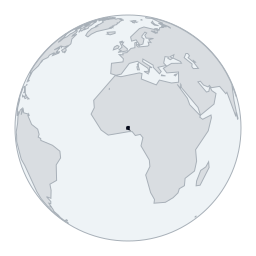 Collines on an orthographic globe
{"feature_id": "BEN-2171", "entity_name": "Collines", "entity_type": "Department", "adm_level": 1, "iso_a3": "BEN", "parent_name": "Benin", "parent_adm1": "", "projection": "orthographic", "projection_center": [2.189, 8.101], "detail": "fine", "context": "on_globe", "style": "filled", "palette": "ink", "viewbox_px": 256, "rotation_deg": 0, "n_neighbors": 0, "source": "natural_earth", "source_scale": "10m", "svg_char_len": 8392}
<svg xmlns="http://www.w3.org/2000/svg" viewBox="0 0 256 256"><circle cx="128" cy="128" r="113" fill="#eef3f6" stroke="#a8b0b8"/><path d="M88.6,22.5L89.6,22.1L86.4,23.4L87.5,23.2L85.0,24.2L88.0,23.2L90.1,22.3L92.1,21.7L92.9,21.6L89.9,22.7L89.0,23.0L88.6,23.3L86.7,24.0L88.1,23.6L84.3,25.2L89.3,23.5L87.3,24.8L84.5,26.0L83.2,25.9L73.6,29.7L70.3,31.5L67.0,33.7L63.9,37.4L61.0,39.6L58.1,42.4L60.4,41.0L63.5,38.3L67.1,36.7L70.4,33.9L72.4,33.0L76.4,30.5L77.4,30.9L76.2,32.8L72.9,35.1L72.3,36.1L76.8,34.2L71.9,39.0L70.9,43.7L69.5,45.1L64.3,47.0L60.9,46.0L54.2,49.8L60.2,47.6L56.5,51.8L56.5,52.8L57.7,52.8L59.7,51.4L58.8,53.1L52.5,55.6L53.3,54.1L55.3,53.2L53.7,52.9L49.4,55.2L47.9,57.5L43.1,59.7L41.9,61.5L40.2,63.2L42.4,60.0L38.4,65.9L32.5,71.4L26.9,82.4L30.6,73.3L30.9,71.9L30.7,71.5L29.7,73.3L30.3,71.9L34.9,64.5L40.1,57.6L45.8,51.0L51.9,44.9L58.5,39.3L65.5,34.3L72.9,29.7L80.6,25.8L88.6,22.5ZM22.3,89.0L22.9,87.4L23.2,87.2L19.7,97.2L19.7,99.8L17.7,107.6L17.3,112.1L18.1,111.6L18.7,114.2L20.3,110.0L22.3,108.3L21.1,114.8L23.2,109.3L23.7,112.8L28.5,114.1L27.8,115.4L31.6,124.4L37.7,129.2L39.1,134.4L38.2,137.1L40.7,138.5L40.8,140.4L52.5,145.3L59.9,151.2L60.6,157.9L56.2,164.9L56.6,180.4L49.9,184.2L51.1,190.3L50.9,198.3L46.5,196.7L50.8,201.5L50.8,203.7L48.8,203.2L51.0,206.3L49.6,205.9L52.4,208.3L54.1,211.5L58.2,215.0L60.5,217.6L63.2,219.6L62.6,219.3L63.0,219.7L64.4,220.7L60.8,218.4L55.3,214.0L53.3,212.0L52.4,211.4L47.7,206.2L48.2,207.1L41.0,198.5L36.8,191.6L27.0,170.2L24.8,165.5L21.3,159.3L16.7,141.7L16.6,135.4L16.2,132.0L17.6,123.4L18.1,114.5L17.9,112.9L17.1,115.9L17.1,109.3L18.4,102.4L18.8,100.2L22.3,89.0ZM25.2,86.1L25.3,92.8L23.7,92.7L24.3,91.9L24.6,89.3L24.6,86.6L23.6,87.1L25.2,86.1ZM28.8,80.6L28.6,79.9L29.0,80.1L28.8,80.6ZM75.6,30.5L76.0,30.5L75.0,30.9L75.6,30.5ZM77.0,29.5L75.6,30.0L76.0,29.6L76.9,29.3L77.0,29.5ZM78.6,28.9L77.0,28.9L77.8,28.2L81.7,26.6L78.6,28.9ZM90.4,22.1L88.2,23.0L89.2,22.5L90.4,22.1ZM99.1,19.1L99.3,19.1L97.4,19.6L94.8,20.4L97.4,19.7L90.5,22.0L90.7,21.7L99.1,19.1ZM93.0,21.4L92.7,21.3L95.8,20.3L96.9,20.2L95.6,20.5L93.0,21.4ZM100.2,18.8L99.6,19.0L100.2,18.8ZM95.3,20.7L97.4,20.2L96.7,20.7L93.5,21.4L95.3,20.7ZM96.2,20.1L97.7,19.6L97.2,19.8L96.2,20.1ZM95.4,22.4L95.0,22.1L96.6,21.5L95.4,22.4ZM98.3,20.0L98.5,19.9L99.1,19.7L100.3,19.5L98.3,20.0ZM101.3,18.6L101.6,18.6L103.1,18.2L104.7,17.9L101.7,18.6L103.6,18.2L104.1,18.1L101.1,18.8L101.3,18.6ZM103.3,18.7L100.0,19.9L100.4,20.4L99.0,20.9L98.6,20.0L103.3,18.7ZM102.3,18.7L102.6,18.8L100.7,19.2L99.3,19.5L102.3,18.7ZM106.8,17.5L105.2,17.7L105.9,17.6L106.8,17.5ZM103.8,18.7L104.5,18.5L104.0,18.7L103.8,18.7ZM106.3,17.7L105.6,17.7L106.4,17.6L106.3,17.7ZM106.6,18.0L105.6,18.3L104.6,18.4L106.6,18.0ZM106.8,17.8L108.1,17.5L104.9,18.3L106.3,17.8L106.8,17.8ZM107.2,17.5L107.4,17.4L107.3,17.5L107.2,17.5ZM110.9,17.6L107.2,18.5L105.0,18.7L109.0,17.7L110.9,17.6ZM68.1,223.0L61.7,219.1L64.7,221.0L63.4,219.8L68.0,222.6L68.1,223.0ZM65.8,220.1L66.3,219.7L67.4,220.3L67.3,220.7L65.8,220.1ZM236.1,96.4L236.2,96.7L234.9,92.6L231.9,85.0L232.4,88.5L234.0,100.6L236.2,111.3L235.9,116.5L230.6,102.2L226.9,92.3L225.8,93.7L219.6,86.4L211.3,87.7L209.4,85.4L208.0,86.9L203.5,85.0L200.3,81.2L197.9,81.9L206.4,92.0L208.8,91.4L209.8,86.7L211.8,90.6L216.0,93.5L214.0,104.1L200.5,115.2L198.0,107.4L181.3,87.4L181.1,85.0L181.0,84.7L180.7,84.2L180.5,88.2L177.2,84.4L187.4,98.3L189.7,104.7L200.4,115.8L199.7,117.1L202.7,119.3L211.0,115.0L211.4,117.7L208.2,130.9L195.6,149.7L196.6,161.1L194.5,171.0L185.1,178.3L184.4,185.7L179.3,188.7L178.0,192.9L173.1,197.7L165.4,202.3L154.0,203.2L154.5,199.5L150.6,192.6L145.7,175.0L149.9,166.5L149.3,160.0L141.0,145.9L142.9,137.7L140.3,134.4L135.3,135.5L132.2,131.6L129.0,131.6L108.2,135.1L101.1,130.0L91.1,114.1L94.3,107.7L93.7,100.3L115.1,75.6L121.0,76.7L139.4,72.9L142.0,73.6L141.3,79.0L156.3,84.9L159.4,80.1L171.5,83.0L178.6,82.2L178.5,72.0L166.8,72.9L163.3,68.3L171.5,63.4L181.5,63.2L180.4,61.5L172.9,58.0L173.9,54.7L170.1,56.6L172.6,58.3L170.3,59.7L167.9,58.3L168.4,57.1L165.0,56.6L163.7,63.1L166.1,65.5L158.0,67.3L161.2,71.5L159.5,73.8L153.4,67.5L153.1,65.1L142.9,59.0L142.6,61.6L152.1,67.7L149.7,67.3L149.3,71.5L147.7,68.1L137.4,61.3L129.3,63.4L121.2,74.1L116.0,75.3L110.7,73.6L111.5,63.3L123.0,61.9L123.4,58.8L119.2,54.6L123.1,54.8L122.8,53.1L126.9,52.6L131.0,48.4L134.9,47.7L134.8,42.9L136.8,42.1L136.3,45.1L138.1,47.0L147.7,46.1L149.0,45.0L148.1,42.1L150.9,42.5L148.8,39.8L153.5,38.5L146.1,38.1L144.8,35.2L146.7,33.0L144.9,32.1L141.9,35.9L141.9,37.5L144.0,38.9L142.9,44.0L139.9,45.1L136.1,39.9L131.6,41.1L130.6,37.0L139.4,28.6L143.9,27.0L155.1,29.7L155.1,31.3L151.0,31.0L156.3,33.6L155.1,32.3L157.4,32.8L156.8,30.6L158.4,30.9L155.1,28.6L157.0,28.6L159.1,30.1L159.8,27.6L163.3,27.5L162.7,26.9L161.0,26.2L166.5,26.9L165.8,26.4L163.8,26.0L161.1,24.8L158.4,23.1L160.4,23.4L161.7,24.1L167.3,26.2L170.3,28.1L170.8,28.2L168.7,26.6L161.9,23.9L159.7,22.9L163.0,23.9L161.6,23.4L161.2,23.0L162.7,23.0L159.1,21.9L151.5,18.3L153.5,18.4L157.3,19.4L155.2,18.7L163.2,21.0L171.1,23.9L178.7,27.4L186.0,31.5L193.1,36.1L199.7,41.1L206.0,46.7L211.8,52.8L217.2,59.2L222.1,66.0L226.4,73.2L230.2,80.7L233.4,88.4L236.1,96.4ZM109.4,87.9L109.2,90.0L109.4,87.9ZM193.3,68.6L198.4,68.4L193.9,62.6L195.5,62.2L193.4,60.5L193.6,62.2L188.1,57.7L189.5,55.8L187.7,53.5L185.9,53.5L184.2,57.7L192.1,64.0L191.8,66.6L193.3,68.6ZM28.7,114.0L29.1,115.5L28.2,115.3L28.7,114.0ZM22.6,95.2L23.1,95.7L23.0,96.8L22.5,96.9L22.6,95.2ZM28.1,97.9L29.0,98.8L27.7,99.0L28.1,97.9ZM25.5,93.8L27.4,97.4L25.0,98.6L24.0,96.4L25.2,96.3L25.5,93.8ZM26.9,84.0L27.0,84.6L26.4,85.7L26.9,84.0ZM29.1,80.7L28.9,80.8L29.2,79.8L29.1,80.7ZM56.8,51.6L57.3,51.5L58.1,51.9L57.0,52.5L56.8,51.6ZM66.2,50.3L64.5,53.1L64.9,51.4L63.0,52.4L61.6,50.3L68.7,45.8L65.7,48.1L66.2,50.3ZM61.6,46.7L61.7,48.3L61.3,46.8L61.6,46.7ZM117.1,45.4L119.1,46.3L118.3,48.2L113.3,49.9L114.3,47.1L117.1,45.4ZM122.1,47.1L119.7,42.0L122.7,41.0L121.4,42.4L123.6,42.2L122.2,44.4L127.4,48.9L127.1,50.9L118.0,52.4L121.1,50.7L119.0,49.8L122.1,47.1ZM108.2,33.7L107.2,32.3L115.1,31.8L115.1,33.3L110.1,34.8L107.1,34.1L108.2,33.7ZM85.8,26.3L84.9,26.4L85.8,26.0L87.2,25.6L85.8,26.3ZM95.1,22.3L90.6,25.8L89.3,26.0L88.2,28.2L84.5,29.7L85.3,28.1L81.6,31.1L80.9,30.3L78.7,32.4L81.1,28.7L80.3,28.4L82.6,28.1L86.0,26.7L87.3,26.0L90.2,23.9L90.2,22.9L93.7,21.6L96.1,21.0L96.6,21.1L94.2,21.8L96.6,21.4L93.6,22.5L95.1,22.3ZM122.4,19.2L119.4,19.3L123.8,20.1L120.7,20.6L121.4,20.7L119.8,21.5L119.0,22.7L117.5,22.9L117.9,23.3L116.8,24.0L116.8,24.6L113.9,25.3L113.7,26.3L112.5,26.0L112.9,27.6L111.3,26.8L109.8,27.8L112.1,28.0L96.7,31.5L91.4,34.1L87.9,36.9L85.7,35.5L87.6,32.3L91.7,28.6L97.1,26.5L95.1,26.5L97.1,25.5L97.8,26.0L97.9,24.8L99.8,24.2L103.4,22.0L102.4,21.0L103.7,20.3L105.0,20.4L105.4,19.7L108.8,19.5L109.8,19.1L114.2,18.6L116.1,19.2L117.1,18.7L120.4,18.6L122.4,19.2ZM112.2,17.5L115.2,17.7L115.0,18.3L107.5,19.0L106.1,19.4L101.3,20.2L101.7,19.5L103.0,19.3L104.4,18.9L103.7,19.3L105.3,18.8L107.2,18.5L108.9,18.1L109.4,18.3L112.2,17.5ZM144.0,71.4L145.8,71.5L148.4,71.1L148.2,73.9L144.0,71.4ZM136.9,66.8L138.4,66.4L139.4,69.8L137.5,69.8L136.9,66.8ZM138.3,63.4L138.4,66.1L137.2,64.7L138.3,63.4ZM137.6,44.6L139.1,44.1L139.6,44.8L139.2,45.9L137.6,44.6ZM134.6,22.9L132.9,22.6L133.2,22.3L130.9,21.1L133.0,20.8L135.2,21.4L134.6,22.9ZM177.0,73.9L175.5,75.9L174.2,75.1L175.0,74.5L177.0,73.9ZM161.5,74.9L165.5,75.9L161.4,75.7L161.5,74.9ZM136.5,22.4L135.3,21.9L137.1,22.1L136.5,22.4ZM134.4,20.6L136.3,20.6L133.0,20.6L134.4,20.6ZM196.4,215.8L195.6,216.9L194.7,217.2L196.4,215.8ZM209.1,167.5L200.1,185.2L196.1,185.8L196.6,181.0L200.7,170.4L205.8,166.9L208.6,161.8L209.1,167.5ZM236.5,112.2L238.0,118.3L237.6,119.6L236.5,112.2ZM152.5,21.2L153.3,23.0L155.3,24.6L158.6,25.7L154.4,25.1L151.3,22.7L152.5,21.2ZM151.4,18.5L148.5,17.9L149.5,17.9L150.3,18.1L151.4,18.5ZM149.9,18.3L146.9,18.1L145.1,17.6L147.8,17.9L149.9,18.3ZM141.8,19.6L141.9,20.1L140.5,19.9L141.8,19.6Z" fill="#d9dde1" stroke="#a8b0b8" stroke-width="1"/><path d="M128.9,128.4L129.0,128.4L129.0,128.5L129.0,128.9L128.6,128.9L128.6,129.0L128.4,129.2L128.5,129.3L128.1,129.2L127.9,129.1L127.7,129.1L127.4,128.9L126.9,128.9L126.9,128.5L126.9,128.2L126.9,127.9L126.9,127.7L126.9,127.4L126.9,127.2L127.0,127.0L127.3,127.0L127.5,127.1L127.8,127.2L127.9,127.3L128.0,127.3L128.0,127.2L128.0,126.8L128.0,126.7L129.0,126.7L129.1,127.2L129.1,127.3L129.0,127.5L129.1,127.8L129.0,128.0L129.0,128.3L128.9,128.4L128.9,128.4Z" fill="#0f172a" stroke="#020617" stroke-width="1.5"/></svg>